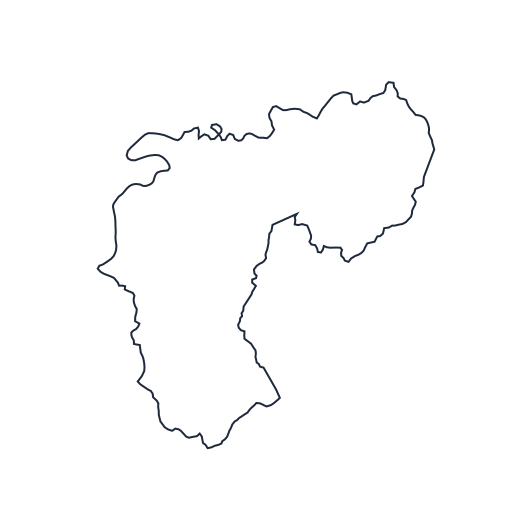 Porto União, Santa Catarina, Brazil, rotated 282°
{"feature_id": "56859067B45353158898051", "entity_name": "Porto União", "entity_type": "district", "adm_level": 2, "iso_a3": "BRA", "parent_name": "Brazil", "parent_adm1": "Santa Catarina", "projection": "mercator", "projection_center": [-51.004, -26.394], "detail": "fine", "context": "isolated", "style": "outline", "palette": "slate", "viewbox_px": 512, "rotation_deg": 282, "n_neighbors": 0, "source": "geoboundaries", "source_scale": "gbopen_adm2", "svg_char_len": 5139}
<svg xmlns="http://www.w3.org/2000/svg" viewBox="0 0 512 512"><g transform="rotate(282 256 256)"><path d="M58.0,248.7L59.5,252.1L61.8,255.1L63.6,258.7L65.4,261.2L67.8,261.5L70.2,263.7L73.1,265.3L76.5,265.9L79.2,266.2L82.4,267.2L86.4,267.9L89.6,269.5L91.8,271.8L94.1,273.2L95.8,275.0L98.3,277.4L101.1,280.3L104.2,281.6L106.5,283.0L109.5,285.3L112.3,286.9L112.7,290.7L111.9,294.0L111.0,297.5L113.2,301.5L115.7,304.0L117.8,305.6L120.1,307.4L122.2,308.8L129.6,303.4L148.4,286.6L148.6,283.0L151.0,281.1L152.0,278.8L154.6,277.7L157.3,276.4L160.4,276.2L163.5,275.2L165.8,272.7L169.2,269.4L171.1,265.3L172.7,261.9L176.1,261.0L179.9,260.4L180.3,256.6L182.2,254.1L184.9,252.8L188.9,253.8L191.9,253.5L194.2,254.9L197.0,253.8L199.8,254.9L204.0,254.4L217.5,259.6L219.9,259.7L222.9,260.8L226.8,262.1L229.1,257.8L232.2,257.2L234.3,260.6L236.8,260.7L238.6,258.1L242.4,256.8L246.5,258.7L249.1,261.1L251.0,263.6L253.0,265.1L256.0,266.3L259.2,265.0L261.7,265.1L264.5,265.6L267.8,265.6L271.1,265.6L274.3,264.9L277.2,264.9L280.5,264.4L283.6,265.9L289.9,265.7L305.7,287.2L302.2,285.8L299.3,287.0L295.0,287.3L295.0,290.8L296.8,294.5L296.4,299.8L292.7,302.4L289.6,304.3L287.3,305.7L284.4,306.1L281.2,305.3L278.8,307.7L278.9,311.7L276.1,314.2L272.8,315.7L272.9,318.8L276.1,320.1L279.9,320.3L279.3,323.2L279.5,326.8L280.3,329.9L281.0,333.0L281.7,336.9L279.8,338.9L277.0,338.5L273.8,339.4L272.2,342.1L270.0,343.8L269.5,347.7L273.4,349.6L276.6,352.9L278.5,355.9L280.6,358.2L283.4,360.1L287.4,361.0L291.5,362.2L293.3,366.1L294.6,369.0L298.0,369.9L300.4,370.6L301.3,373.3L304.3,375.5L309.9,375.6L311.5,380.1L314.0,382.8L314.6,385.6L316.0,388.4L317.8,392.6L320.3,395.6L323.3,397.4L326.7,399.5L330.1,399.7L332.8,399.3L335.5,399.8L339.1,400.9L342.3,401.0L344.8,398.4L347.1,396.1L351.2,397.7L354.8,398.0L356.8,401.1L359.6,404.6L363.3,404.4L365.7,404.1L368.2,403.8L383.5,406.1L397.2,408.2L399.4,407.1L402.6,405.3L405.9,404.0L408.9,401.7L412.2,399.4L414.9,399.1L417.2,398.6L419.7,397.4L422.4,395.8L425.0,393.6L426.6,391.3L427.3,388.4L427.4,385.6L427.2,382.7L429.6,379.9L431.8,376.8L433.8,374.5L436.6,372.3L439.8,370.4L440.3,367.4L440.0,364.4L441.5,361.4L444.7,360.8L447.5,358.9L450.0,355.9L454.0,354.5L453.6,349.6L450.7,347.7L448.0,347.8L445.0,347.9L441.9,346.7L440.0,343.2L438.0,340.2L436.6,337.0L434.4,335.2L431.2,333.8L428.5,329.7L428.8,325.7L425.2,322.7L425.5,319.4L427.8,317.8L430.8,316.8L434.0,315.6L434.7,311.1L434.2,306.9L433.1,304.6L431.4,302.1L429.0,298.5L425.8,296.5L422.8,295.0L419.2,293.2L417.0,292.1L414.3,290.6L411.6,289.6L408.9,288.8L406.4,288.1L403.2,286.9L404.1,282.3L405.5,278.9L406.4,276.2L406.9,272.5L408.6,268.3L408.1,263.3L406.6,258.7L405.0,255.4L404.3,252.1L405.3,248.9L406.8,244.6L405.2,241.6L401.9,240.5L397.4,239.2L393.7,240.6L391.0,243.1L387.1,244.5L383.3,247.5L380.0,246.3L376.4,244.7L373.5,242.3L373.2,238.7L372.3,234.0L373.5,229.6L374.5,226.6L374.5,223.9L373.2,221.2L370.9,219.6L368.5,219.1L366.1,217.6L365.0,214.7L366.1,210.9L369.6,208.6L370.1,204.7L367.2,202.9L363.4,201.9L362.2,198.6L365.2,196.6L367.2,194.4L362.0,191.1L360.8,187.4L363.7,184.4L364.3,180.2L361.5,177.5L359.1,175.6L362.8,174.6L366.3,174.3L369.5,172.5L367.8,168.8L365.2,166.8L363.4,163.8L362.4,160.3L359.4,159.5L355.7,158.2L353.0,155.5L353.1,151.6L354.0,147.6L355.1,141.4L355.2,137.4L355.1,134.1L354.8,131.0L354.3,127.9L353.8,125.2L351.7,122.3L348.2,119.5L345.9,117.9L342.7,115.7L340.3,114.0L336.2,111.1L332.1,108.8L327.5,108.6L324.8,110.6L323.8,114.0L324.5,118.0L326.0,120.3L327.4,122.6L329.0,125.2L330.7,128.2L332.0,130.8L332.9,133.4L333.9,136.5L334.3,140.1L333.4,143.7L331.9,146.6L329.9,149.3L326.9,152.2L324.1,153.3L321.3,151.9L320.3,148.5L319.0,145.0L316.9,141.9L314.1,140.7L310.8,140.3L307.7,140.1L305.2,138.8L303.4,136.7L301.6,133.8L301.1,130.8L301.9,127.8L301.5,123.7L300.5,120.8L298.4,118.0L295.2,115.6L292.2,114.1L288.8,112.2L285.6,109.4L280.3,107.0L276.8,105.7L274.3,105.9L271.5,107.1L268.2,108.5L265.7,109.7L262.3,110.8L258.8,111.7L255.7,112.4L252.4,113.3L249.2,114.0L245.1,114.6L240.8,115.9L237.5,117.2L235.1,117.6L232.6,117.9L229.7,117.6L226.6,116.9L223.3,115.0L221.1,113.1L218.7,110.8L215.9,108.0L213.9,104.8L210.7,103.8L208.3,107.1L207.0,110.8L206.4,114.6L205.8,118.5L205.0,121.7L203.1,124.1L201.3,126.4L198.5,128.3L199.2,131.1L199.2,134.3L196.0,134.6L195.3,137.6L194.7,140.7L194.2,143.3L192.0,145.3L188.1,145.3L185.0,146.3L181.8,148.2L179.3,150.4L175.7,150.8L171.5,150.5L167.1,151.3L165.6,156.0L162.7,155.5L159.7,154.0L157.6,151.6L155.2,150.0L152.9,150.5L150.7,151.6L148.1,154.0L144.6,154.9L144.6,157.9L144.8,160.8L141.4,162.0L137.5,163.4L134.7,165.6L132.3,167.1L128.0,168.9L124.3,170.0L120.4,170.6L117.1,169.9L114.3,169.1L111.8,167.9L108.7,166.4L106.6,169.2L104.3,174.7L102.9,178.2L102.1,181.2L99.8,183.6L96.5,184.7L93.8,189.1L91.6,191.1L88.3,191.6L84.1,193.1L80.3,194.0L77.4,195.4L74.3,196.9L72.0,199.5L69.6,202.2L68.1,206.0L67.6,210.3L70.4,213.0L70.4,216.4L69.3,219.0L67.1,222.1L64.8,225.3L64.3,228.2L65.9,231.7L67.5,235.7L70.6,237.8L68.2,240.5L64.8,241.9L62.0,243.1L60.9,245.8L58.0,248.7ZM367.2,194.4L370.3,196.2L373.0,195.9L375.3,193.9L376.7,189.9L375.0,185.7L372.2,185.5L370.5,189.8L367.2,194.4Z" fill="none" stroke="#1e293b" stroke-width="2"/></g></svg>